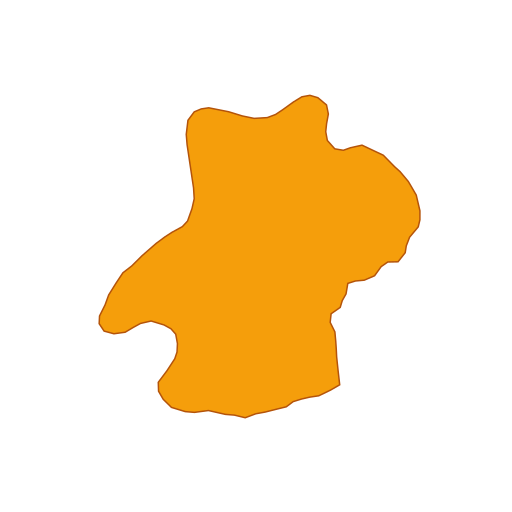 Boracéia, São Paulo, Brazil (Natural Earth projection), rotated 235°
{"feature_id": "56859067B36731884931019", "entity_name": "Boracéia", "entity_type": "district", "adm_level": 2, "iso_a3": "BRA", "parent_name": "Brazil", "parent_adm1": "São Paulo", "projection": "natural_earth1", "projection_center": [-48.79, -22.168], "detail": "fine", "context": "isolated", "style": "filled", "palette": "amber", "viewbox_px": 512, "rotation_deg": 235, "n_neighbors": 0, "source": "geoboundaries", "source_scale": "gbopen_adm2", "svg_char_len": 1412}
<svg xmlns="http://www.w3.org/2000/svg" viewBox="0 0 512 512"><g transform="rotate(235 256 256)"><path d="M129.7,154.4L126.9,165.3L122.9,174.0L118.8,184.8L115.1,194.3L115.4,202.9L112.7,211.3L109.6,219.0L105.5,227.2L103.4,240.2L102.5,250.7L115.4,257.7L127.1,264.2L134.1,268.6L140.4,272.4L148.6,277.1L159.1,278.7L165.6,284.4L165.6,295.5L170.0,301.1L173.3,308.0L180.9,315.5L178.5,323.1L174.1,330.8L171.8,341.8L175.5,352.4L175.5,360.5L169.8,369.0L173.1,380.1L178.1,384.9L183.3,392.6L186.8,405.6L191.6,411.0L199.0,416.2L214.0,422.2L223.2,423.0L229.7,423.5L242.4,422.4L249.8,420.7L265.5,418.1L286.0,406.4L290.5,395.5L292.5,388.2L298.6,382.0L309.7,380.7L317.8,384.4L324.0,389.8L330.8,396.7L339.3,400.4L350.2,397.5L356.7,392.3L360.1,384.9L360.7,375.0L360.5,361.7L360.7,353.2L362.9,344.6L369.8,333.4L378.6,325.1L389.9,316.3L404.5,302.3L407.9,295.5L409.5,288.1L406.2,278.1L395.6,268.6L386.7,263.4L347.6,243.9L338.3,238.2L331.5,230.7L323.9,220.0L322.3,212.5L323.6,200.8L323.9,192.6L323.6,181.6L321.6,162.9L319.1,148.4L318.6,137.4L314.1,125.9L308.6,113.0L302.5,104.3L296.6,93.4L290.5,88.7L281.6,88.5L273.8,95.0L268.6,105.1L267.9,114.5L267.0,122.7L262.9,132.8L252.3,141.1L245.2,144.6L238.0,145.4L229.3,141.4L222.6,136.2L218.4,130.5L213.1,117.3L208.6,103.5L201.1,98.6L191.8,97.8L180.5,99.9L169.1,108.8L163.2,115.9L156.7,128.4L143.8,140.1L138.0,147.1L129.7,154.4Z" fill="#f59e0b" stroke="#b45309" stroke-width="1.5"/></g></svg>